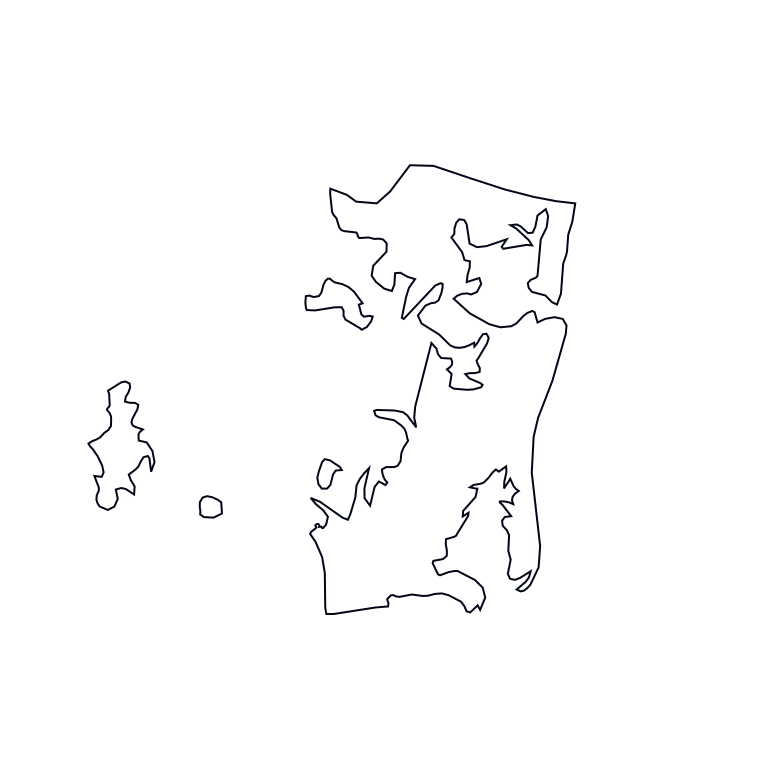 Auckland, orthographic projection, rotated 212°
{"feature_id": "NZL-3398", "entity_name": "Auckland", "entity_type": "Unitary Authority", "adm_level": 1, "iso_a3": "NZL", "parent_name": "New Zealand", "parent_adm1": "", "projection": "orthographic", "projection_center": [174.852, -36.678], "detail": "fine", "context": "isolated", "style": "outline", "palette": "ink", "viewbox_px": 768, "rotation_deg": 212, "n_neighbors": 0, "source": "natural_earth", "source_scale": "10m", "svg_char_len": 5774}
<svg xmlns="http://www.w3.org/2000/svg" viewBox="0 0 768 768"><g transform="rotate(212 384 384)"><path d="M317.5,638.5L310.3,621.4L306.9,608.3L299.1,593.5L297.8,589.9L295.8,581.0L281.8,554.4L279.4,543.0L284.9,542.4L294.1,544.6L307.3,540.5L312.2,542.2L315.5,545.7L314.8,550.0L311.6,554.5L311.1,557.0L327.7,589.7L329.1,603.1L333.8,613.4L339.5,618.0L343.1,608.3L339.0,597.6L338.1,591.1L341.9,588.3L351.7,590.1L356.0,589.6L360.9,585.7L354.3,585.9L337.7,582.8L331.8,580.0L336.7,577.6L354.6,561.8L356.9,562.8L356.6,571.8L370.2,555.2L377.7,549.3L385.8,548.4L398.4,563.1L402.8,565.6L407.4,563.6L408.2,559.0L406.7,553.3L403.9,548.5L404.5,544.0L387.6,537.2L381.3,531.7L376.2,533.6L373.1,528.3L370.8,520.4L367.8,514.3L359.3,524.4L354.6,520.4L353.9,511.2L357.7,506.0L361.5,504.9L365.5,501.9L368.7,497.7L370.1,493.2L348.7,489.4L326.4,490.5L315.3,493.8L306.6,500.5L303.8,505.6L301.8,515.6L300.1,520.2L297.0,524.5L294.3,524.7L286.4,517.5L281.8,524.7L274.7,531.1L266.9,533.9L260.3,530.4L256.5,523.1L242.9,476.0L235.4,437.0L229.1,418.5L211.7,387.1L165.7,329.3L155.7,310.4L153.5,291.4L154.4,286.6L155.8,282.9L158.3,280.5L162.6,280.0L159.0,291.3L158.6,296.9L160.4,302.9L165.8,291.8L169.0,287.4L173.8,285.6L178.4,288.6L183.5,302.2L190.2,308.4L197.8,322.1L202.6,325.2L208.2,326.7L211.4,330.6L211.1,335.2L206.1,339.3L219.5,344.3L223.1,344.9L223.5,345.8L220.1,348.0L215.2,349.9L210.7,350.6L213.8,353.1L215.1,356.4L214.8,360.4L213.0,364.7L217.0,365.0L220.1,366.1L226.8,370.6L226.6,367.7L226.9,361.8L226.8,359.0L230.1,364.7L233.5,374.2L236.8,378.8L240.2,370.5L243.8,370.8L245.1,366.2L245.7,359.4L247.2,353.2L249.3,350.5L254.6,345.8L256.4,341.9L251.2,343.8L249.4,344.7L246.5,336.7L249.6,318.2L247.0,313.4L244.1,319.6L242.7,316.6L242.6,295.0L242.4,293.6L243.6,291.5L249.2,285.2L246.6,280.7L242.5,276.2L239.7,271.6L241.1,266.9L248.4,260.2L247.8,257.8L237.3,251.2L235.1,251.5L229.6,258.6L225.5,262.5L222.5,264.4L203.0,266.0L192.4,263.6L185.0,256.6L182.8,243.4L187.3,245.9L189.8,236.0L193.5,235.0L198.0,238.1L203.3,240.2L217.4,239.1L224.1,237.0L229.5,233.0L234.8,227.5L239.0,224.7L248.9,220.2L258.0,211.7L261.3,210.2L264.1,210.0L266.1,208.6L267.3,203.2L265.3,201.3L264.5,200.9L263.9,200.2L262.7,197.5L272.5,190.2L304.9,162.2L311.0,158.4L315.3,163.2L334.0,192.3L344.7,204.4L358.6,214.0L367.2,217.7L367.5,220.0L365.4,225.6L365.6,226.7L366.8,227.2L367.5,228.0L366.6,229.8L365.4,230.5L364.3,230.0L363.5,229.1L363.4,228.4L361.6,229.8L360.3,229.1L359.3,229.5L358.6,234.1L361.2,241.7L368.7,244.7L378.0,246.0L385.9,248.5L375.9,250.2L348.4,248.7L342.7,249.7L343.5,255.5L348.2,272.6L353.6,283.6L354.2,290.6L353.5,298.1L352.1,304.7L345.3,285.1L340.0,276.9L331.3,273.4L337.4,291.6L336.7,298.6L329.1,299.1L329.1,302.2L332.4,303.2L335.3,305.0L337.9,307.3L340.5,310.4L338.1,314.7L331.1,319.1L329.1,322.0L329.1,327.4L332.7,334.7L333.7,340.3L333.5,348.8L335.1,349.9L339.4,354.4L342.7,356.7L347.3,358.0L356.4,358.6L370.6,353.1L374.6,353.0L378.1,355.9L376.5,358.1L361.2,367.0L353.0,370.2L347.7,369.7L333.7,364.3L340.6,371.5L345.7,381.7L365.5,443.9L358.3,441.8L354.0,437.9L349.3,436.3L340.6,441.1L337.9,439.0L336.6,436.4L336.9,433.3L338.4,429.8L331.9,428.3L327.2,417.0L322.4,417.0L310.7,423.0L305.5,426.6L299.9,432.7L299.9,435.5L302.8,435.8L314.5,434.0L320.3,435.5L317.2,438.5L312.5,441.6L309.3,444.9L311.1,448.2L316.3,451.4L317.9,452.9L317.7,455.4L318.1,473.0L319.6,478.6L323.7,480.9L326.4,478.8L326.8,473.7L326.5,468.0L327.1,463.7L329.4,466.8L332.2,462.1L335.2,458.1L338.7,455.0L342.9,452.7L348.1,451.8L363.5,455.2L384.3,455.2L391.5,460.0L390.4,472.4L387.0,477.4L383.8,480.1L382.1,483.8L383.6,491.7L385.5,497.0L387.3,499.9L389.5,499.4L392.7,494.7L401.7,449.6L404.0,449.6L411.2,469.1L413.8,478.6L413.2,489.4L420.7,487.4L429.1,487.0L433.3,483.9L427.9,473.8L426.6,467.0L434.4,465.0L444.9,466.3L451.8,469.2L455.8,478.6L452.0,497.5L456.2,504.7L461.3,506.1L465.4,504.5L469.1,501.9L474.7,500.1L482.4,494.6L484.5,495.5L486.2,497.1L487.8,497.8L498.7,492.6L501.7,491.9L505.1,493.2L512.1,499.3L516.4,500.7L519.1,502.3L530.7,517.1L533.0,521.2L515.8,524.7L504.2,523.9L485.8,533.4L480.8,550.7L477.9,583.3L457.6,595.2L420.2,604.1L384.6,613.0L356.2,622.0L334.8,630.3L317.5,638.5ZM605.4,220.7L611.8,229.9L614.5,232.1L607.8,246.0L604.7,249.0L600.0,249.6L597.4,246.5L596.3,241.5L596.2,236.2L594.3,231.8L590.0,233.2L585.0,236.1L581.4,236.1L579.7,231.9L579.0,221.4L577.9,217.7L575.2,215.7L572.5,215.8L564.4,217.7L565.6,214.0L565.5,211.5L564.3,209.2L562.0,206.1L554.2,208.7L544.8,204.4L537.2,196.1L535.0,186.2L543.6,196.7L546.1,197.8L549.2,194.4L549.2,189.2L548.5,183.7L549.6,179.2L552.5,172.0L547.9,168.4L541.2,165.0L537.4,157.9L547.4,158.1L551.8,156.5L555.5,152.4L548.9,145.5L547.7,137.2L551.5,130.8L560.2,129.5L563.5,130.9L566.5,133.4L568.6,137.3L569.4,142.5L570.9,145.0L580.8,152.5L574.2,155.7L574.9,160.4L579.7,165.4L588.4,170.9L596.9,174.6L600.1,175.3L603.1,176.9L601.4,180.5L598.3,184.8L596.5,188.1L595.3,194.3L593.4,198.8L593.3,203.7L597.5,210.8L598.9,212.3L600.7,213.6L602.5,214.5L604.4,214.8L605.5,215.5L605.5,217.2L605.1,219.1L605.4,220.7ZM481.4,409.9L488.7,405.8L490.5,407.1L493.9,411.5L496.8,417.1L494.3,419.3L489.5,420.6L485.8,424.1L485.5,428.1L488.0,436.5L488.3,440.5L487.4,443.6L485.9,444.6L481.6,444.1L479.1,444.2L472.3,446.6L465.5,447.4L458.4,446.4L444.9,441.1L447.4,438.0L440.1,431.1L436.7,430.4L432.6,434.0L429.3,435.2L428.1,430.3L428.7,423.3L431.6,418.2L434.1,418.6L450.8,418.2L454.5,420.5L457.1,424.7L460.6,426.7L466.7,422.7L481.4,409.9ZM376.8,265.2L381.3,262.3L386.5,264.3L390.9,269.2L392.8,274.9L395.1,284.9L394.4,288.9L389.4,290.6L377.5,290.3L374.2,288.7L379.1,285.0L379.3,280.3L376.0,270.1L376.8,265.2ZM470.8,176.0L472.2,178.7L475.1,182.1L477.6,186.3L477.6,191.6L474.6,195.1L469.5,197.0L463.9,197.7L459.3,197.4L452.8,188.3L457.7,180.4L466.2,175.7L470.8,176.0Z" fill="none" stroke="#020617" stroke-width="2"/></g></svg>